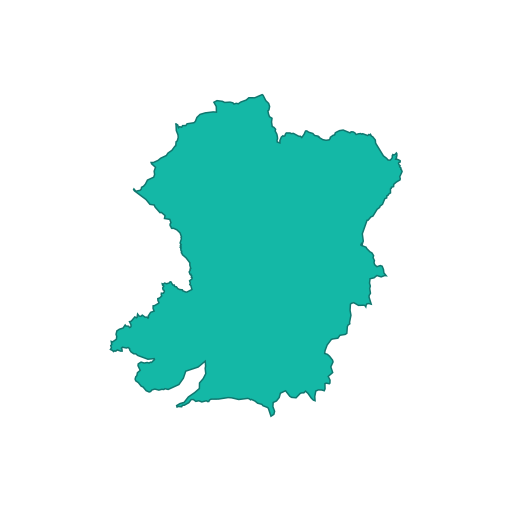 Cayambe, Pichincha, Ecuador, rotated 332°
{"feature_id": "8360857B65214647181775", "entity_name": "Cayambe", "entity_type": "district", "adm_level": 2, "iso_a3": "ECU", "parent_name": "Ecuador", "parent_adm1": "Pichincha", "projection": "robinson", "projection_center": [-78.111, -0.003], "detail": "fine", "context": "isolated", "style": "filled", "palette": "teal", "viewbox_px": 512, "rotation_deg": 332, "n_neighbors": 0, "source": "geoboundaries", "source_scale": "gbopen_adm2", "svg_char_len": 6139}
<svg xmlns="http://www.w3.org/2000/svg" viewBox="0 0 512 512"><g transform="rotate(332 256 256)"><path d="M338.8,127.2L337.6,123.4L337.7,117.4L337.2,116.4L329.1,115.7L324.0,112.9L320.6,113.7L314.7,112.9L311.9,113.3L310.2,111.9L307.9,111.5L307.5,109.9L305.4,108.0L300.4,105.7L299.0,103.7L294.5,100.5L291.0,100.5L291.1,105.4L288.6,110.4L285.9,108.7L278.4,105.8L273.1,104.7L268.9,105.9L265.6,108.7L263.8,109.2L257.2,106.9L255.3,107.9L252.4,106.4L250.8,107.4L249.3,106.0L247.8,106.3L248.4,103.6L247.1,101.2L247.2,102.2L244.5,107.9L244.0,112.4L243.0,114.8L240.5,117.4L239.1,117.6L236.9,121.0L235.9,121.0L231.4,123.2L226.6,123.8L224.0,125.2L217.7,124.9L214.5,125.6L209.3,125.3L207.3,124.2L207.1,125.6L208.9,130.5L205.9,133.3L204.7,136.5L202.7,138.4L195.8,138.0L192.1,140.6L189.5,141.6L187.2,141.6L186.0,143.1L184.6,143.6L180.3,142.4L179.7,139.5L179.1,139.9L179.3,141.5L185.4,154.5L186.6,160.6L190.0,163.1L189.9,165.6L191.6,172.7L192.9,173.1L194.5,177.1L194.6,177.7L192.8,179.9L197.1,183.2L196.5,186.7L195.1,187.5L194.4,189.0L194.7,189.8L194.4,191.2L194.6,192.1L196.2,192.8L198.4,195.7L199.8,199.9L199.2,204.1L198.6,204.3L198.2,205.8L195.1,208.9L195.2,211.0L194.5,211.0L194.0,211.5L194.2,212.3L193.2,212.7L193.7,213.8L193.1,214.0L192.3,216.1L192.6,216.9L191.6,218.1L191.9,219.3L191.6,220.2L193.4,224.8L194.4,231.0L193.3,233.0L192.5,236.5L191.6,236.6L191.3,237.6L189.5,238.7L189.2,241.3L189.9,241.7L189.5,242.4L189.9,243.4L188.9,244.4L189.4,245.3L188.6,246.2L185.7,246.7L185.3,249.1L184.1,250.2L184.6,251.5L183.7,255.5L178.0,255.4L177.0,254.8L175.0,252.3L175.1,251.3L172.8,249.7L171.6,248.1L171.3,245.9L169.8,244.6L170.2,243.3L168.9,242.5L168.7,238.8L167.8,238.5L166.7,239.1L164.0,238.5L162.6,237.0L160.9,237.3L160.2,236.5L159.8,237.8L160.4,239.3L158.6,240.4L158.1,242.2L158.8,243.4L158.3,244.5L156.7,245.4L155.0,244.4L154.2,245.6L154.0,247.0L151.2,247.8L149.3,247.5L148.5,249.3L148.4,251.6L147.9,252.0L143.1,252.2L141.8,251.7L140.5,254.0L140.2,256.8L136.5,256.3L132.7,258.4L132.2,259.8L131.5,260.1L131.0,258.8L129.4,258.0L127.8,254.8L126.1,255.3L124.6,254.3L124.2,251.7L122.1,254.4L121.4,254.4L120.4,252.9L115.2,255.0L113.5,254.6L113.4,257.8L112.7,259.4L111.7,260.0L110.8,259.8L110.5,258.2L108.3,256.8L108.1,255.5L104.8,257.2L101.0,256.5L98.0,256.8L95.7,259.4L95.2,261.8L93.6,264.0L88.9,264.5L88.1,263.5L87.0,266.5L85.7,266.9L85.3,269.2L83.6,270.2L85.0,272.1L85.3,273.5L86.7,273.4L87.5,274.2L89.4,273.8L91.9,276.5L93.2,277.1L94.0,275.0L93.9,274.2L95.2,273.8L98.4,276.4L100.1,276.7L100.9,278.5L100.4,279.4L100.6,282.0L102.2,285.0L103.9,285.9L104.9,288.3L112.1,296.4L117.9,298.8L117.7,299.8L113.7,300.9L113.0,300.2L111.3,300.3L109.9,298.9L107.1,298.1L104.7,295.7L101.3,296.0L100.3,297.5L100.1,302.6L96.5,303.4L94.6,305.7L93.1,306.2L91.5,307.9L91.2,309.7L92.7,312.6L93.5,317.0L94.8,318.7L95.8,323.4L97.8,325.9L99.3,326.2L101.2,325.4L104.2,326.0L107.3,328.8L110.3,329.5L111.9,330.6L113.3,330.4L115.8,332.6L127.6,333.3L134.5,329.8L139.9,324.7L152.8,326.9L161.8,325.0L159.8,329.6L158.4,331.3L156.4,336.3L151.8,339.5L146.5,341.6L143.8,346.4L137.8,347.8L130.1,348.7L123.8,351.5L119.6,350.6L115.7,350.8L115.4,352.3L116.7,352.4L119.6,354.2L120.9,353.3L122.7,354.1L127.8,354.0L131.4,352.3L133.3,353.3L134.6,356.1L137.6,357.0L139.6,359.4L144.2,360.5L144.9,361.8L146.0,362.3L147.4,361.3L149.1,361.3L155.7,364.7L164.9,367.9L167.8,369.7L173.4,374.6L181.8,377.8L183.1,379.0L183.6,380.4L184.7,380.5L187.0,383.6L188.3,386.7L191.5,389.7L191.9,391.5L195.1,395.2L195.4,396.4L194.0,404.5L197.4,404.2L199.5,401.9L200.2,396.9L202.4,393.4L206.0,393.6L210.0,391.9L213.1,388.6L218.1,388.8L218.8,388.9L220.0,395.7L221.0,397.5L224.8,400.0L230.5,398.1L232.2,398.3L234.0,399.3L236.3,398.6L237.4,401.7L238.1,407.5L239.0,410.2L240.2,411.5L241.9,407.7L245.4,403.3L248.3,403.5L251.2,405.2L253.0,407.0L254.6,405.7L256.9,401.1L258.3,401.2L260.8,403.2L261.6,402.9L263.1,400.3L263.2,396.2L269.0,394.9L270.0,389.0L274.3,385.7L274.7,383.9L273.9,379.1L272.9,376.4L270.9,374.3L272.4,372.1L277.0,368.0L283.2,365.1L284.7,365.2L289.7,367.0L292.9,365.4L297.9,367.1L299.9,366.9L303.5,361.2L304.9,360.2L307.0,359.9L307.5,358.4L312.0,352.9L313.6,348.0L316.8,342.8L318.3,342.6L320.4,343.1L323.3,347.7L328.2,350.1L329.0,351.2L329.1,352.4L330.3,350.9L331.7,350.3L333.4,351.0L335.1,352.6L336.5,345.4L337.3,344.0L339.6,342.6L341.1,338.1L342.8,336.2L343.5,333.2L346.0,329.6L350.0,330.7L353.6,330.0L356.7,333.2L360.5,333.7L361.7,334.5L361.0,330.9L362.2,327.8L362.6,324.3L361.3,322.8L357.7,322.2L356.7,319.3L357.2,317.0L358.4,315.7L358.6,312.4L360.0,310.9L359.8,307.7L358.6,305.8L357.3,301.5L357.3,299.9L353.8,295.9L354.1,295.0L354.7,294.8L355.2,295.4L355.4,294.5L355.9,294.9L357.7,293.2L360.3,286.3L370.8,276.6L371.8,277.0L375.9,275.4L377.9,275.7L384.9,271.6L387.9,271.2L388.9,270.2L392.0,269.7L396.7,265.8L398.6,266.1L399.9,264.2L401.1,264.4L402.0,263.7L404.4,263.4L406.2,259.9L407.3,259.7L407.8,258.9L410.1,259.3L411.2,257.4L414.7,256.6L418.9,256.4L419.7,255.3L420.1,253.5L424.6,250.1L424.9,248.4L424.5,247.5L425.3,246.5L424.7,244.6L425.6,243.9L425.1,242.6L425.3,241.0L425.8,240.5L427.4,240.7L428.0,239.5L426.3,237.1L424.8,236.1L426.2,235.2L426.5,234.1L427.3,233.9L428.4,231.7L428.3,230.9L426.7,231.6L424.9,231.4L424.5,230.7L423.4,231.4L422.5,233.1L421.0,233.9L419.4,234.4L417.6,233.2L417.2,231.1L415.5,227.4L414.6,212.5L415.8,209.6L415.0,205.4L414.2,204.4L414.2,202.5L413.6,202.9L412.8,201.7L411.2,202.1L407.6,198.1L406.6,198.1L405.9,197.0L403.8,196.2L401.4,195.7L401.1,193.7L400.0,192.0L398.3,191.0L396.8,191.4L392.1,185.7L388.6,184.5L385.3,184.4L383.8,184.5L382.3,186.0L380.8,185.6L377.3,186.1L376.7,187.1L375.1,187.8L372.1,186.7L369.6,184.6L367.7,181.5L367.7,180.6L367.0,180.3L367.1,179.3L364.3,177.1L363.7,174.5L360.6,171.4L359.6,169.4L358.4,168.9L355.6,171.1L352.0,172.9L351.5,171.2L350.0,170.4L346.6,165.3L344.4,164.4L343.9,163.4L340.5,161.6L339.0,162.3L338.1,163.4L336.7,163.3L336.2,162.5L334.2,162.9L331.4,165.2L330.2,167.4L328.3,165.4L328.8,163.8L330.1,162.6L330.8,161.0L331.6,158.2L331.6,154.6L332.8,153.3L332.2,150.8L331.1,149.3L332.6,145.0L334.8,141.9L333.3,139.3L333.7,136.6L334.6,133.5L336.0,133.1L338.2,130.4L338.8,127.2Z" fill="#14b8a6" stroke="#0f766e" stroke-width="1.5"/></g></svg>